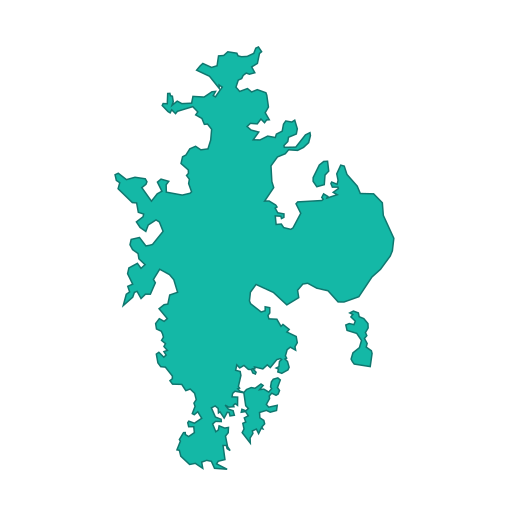 Geoje-si, South Gyeongsang, South Korea, rotated 171°
{"feature_id": "91817680B58127051569150", "entity_name": "Geoje-si", "entity_type": "district", "adm_level": 2, "iso_a3": "KOR", "parent_name": "South Korea", "parent_adm1": "South Gyeongsang", "projection": "albers", "projection_center": [128.639, 34.872], "detail": "fine", "context": "isolated", "style": "filled", "palette": "teal", "viewbox_px": 512, "rotation_deg": 171, "n_neighbors": 0, "source": "geoboundaries", "source_scale": "gbopen_adm2", "svg_char_len": 6115}
<svg xmlns="http://www.w3.org/2000/svg" viewBox="0 0 512 512"><g transform="rotate(171 256 256)"><path d="M330.2,52.8L317.9,49.9L327.5,56.9L325.4,59.2L318.5,59.8L318.2,74.0L314.9,73.5L314.7,70.3L312.0,67.9L313.9,72.1L314.3,82.9L311.1,85.8L310.0,91.0L313.8,90.9L319.0,94.0L320.4,90.1L323.2,88.7L325.1,96.9L321.8,99.0L316.2,97.9L316.0,100.2L321.3,103.3L323.8,113.0L319.8,114.3L317.2,111.4L317.6,106.9L315.9,107.7L312.8,100.9L308.8,106.2L307.0,105.5L306.7,102.1L302.3,102.1L302.8,106.8L307.3,109.1L309.8,113.6L306.6,111.0L301.4,110.6L301.8,112.1L299.6,113.4L297.6,111.4L296.2,119.5L301.7,120.6L300.6,123.9L298.0,125.7L289.4,122.8L289.6,109.7L287.4,106.6L290.2,104.7L293.9,106.8L295.0,104.0L290.7,104.0L288.6,99.4L292.9,97.9L292.1,93.6L295.2,92.8L294.9,87.0L297.3,83.7L290.9,72.1L290.3,77.2L286.8,81.2L287.0,83.8L282.7,85.0L281.2,80.2L277.9,85.0L276.3,84.2L277.0,86.2L273.7,88.9L274.0,92.4L277.5,95.6L277.0,100.9L269.9,101.9L266.4,99.5L259.9,100.2L258.4,105.2L267.1,104.7L269.0,107.8L264.9,113.1L264.8,115.7L261.9,118.0L258.0,115.3L255.7,116.2L253.8,119.5L255.4,122.7L251.4,129.8L253.5,132.2L258.2,131.6L260.5,129.3L262.1,124.4L261.3,122.5L264.7,119.6L269.1,123.3L273.4,123.4L269.2,127.0L271.1,128.8L277.6,125.5L281.3,126.8L286.3,125.6L289.2,123.2L293.0,125.0L294.8,127.8L292.9,128.1L293.8,129.9L289.6,140.4L289.7,144.4L294.0,146.3L292.0,151.5L289.6,148.0L285.0,149.8L281.3,145.2L278.3,144.5L277.5,141.0L275.1,139.5L274.1,141.2L276.8,145.1L274.7,144.9L274.9,146.7L266.9,143.4L261.9,146.7L259.3,143.6L251.7,150.4L248.0,150.9L246.9,149.7L249.3,148.2L250.7,143.1L253.6,142.2L251.5,140.8L252.6,138.1L248.9,136.1L242.3,138.5L240.7,140.9L241.4,146.9L243.5,149.7L241.7,150.3L242.6,152.7L239.9,158.6L236.4,160.6L231.6,156.8L231.7,160.3L228.8,163.9L228.9,170.2L237.4,176.1L234.7,178.3L240.1,184.2L242.3,182.6L245.3,190.3L253.1,191.9L253.5,195.4L251.3,197.6L250.5,202.8L254.9,204.4L255.5,200.5L259.7,199.9L268.8,209.7L269.5,212.7L267.2,221.1L260.4,227.9L244.5,217.3L233.2,202.9L220.3,208.2L220.3,215.7L214.1,221.0L209.2,221.0L201.0,214.7L190.3,210.4L182.1,197.8L176.3,196.8L160.8,199.7L144.8,217.1L135.1,223.4L123.4,235.0L120.5,239.8L117.1,251.9L123.9,276.2L122.9,288.8L130.1,299.0L143.2,301.4L145.1,309.2L153.4,322.3L154.8,331.0L158.1,332.5L163.4,324.5L163.1,317.9L164.7,314.2L169.7,317.2L170.7,315.8L169.8,312.1L164.3,311.2L164.1,309.7L169.8,306.8L166.2,303.8L176.9,302.1L175.7,303.6L179.5,306.8L181.9,303.5L180.7,301.5L182.3,300.5L206.3,302.9L208.3,301.3L205.1,291.2L215.1,277.9L217.5,276.9L224.2,279.7L226.0,283.6L231.2,284.0L230.7,292.6L225.2,291.4L225.0,289.0L222.4,289.8L221.8,293.2L227.8,295.3L229.6,300.3L227.6,301.1L228.6,303.3L234.5,308.3L238.9,308.9L227.8,320.8L228.7,327.1L227.1,342.7L219.3,350.5L211.1,352.4L207.2,355.8L198.4,353.8L192.1,355.8L186.3,359.7L183.4,366.4L183.4,369.4L188.2,367.9L199.7,357.3L211.0,358.9L211.2,360.7L206.7,364.1L205.3,368.2L197.1,370.2L195.3,375.2L196.5,384.1L199.7,382.7L205.5,384.7L208.2,381.9L210.6,375.2L216.8,373.2L218.4,370.0L225.7,372.6L233.9,370.0L240.6,371.2L233.9,378.0L241.2,381.2L244.6,385.3L240.8,387.9L234.1,386.3L229.7,390.5L226.7,386.3L224.3,388.7L221.6,388.5L224.5,396.1L220.4,401.2L220.2,413.0L220.7,415.7L228.7,420.1L234.7,418.7L238.2,422.7L246.4,421.1L249.4,425.9L246.0,432.5L242.4,433.5L240.4,436.4L237.0,438.2L234.1,436.6L228.5,437.2L230.7,443.4L224.5,446.0L220.9,455.5L218.5,456.9L220.9,462.1L223.7,461.3L226.5,456.5L233.5,454.5L239.2,455.1L242.4,456.5L243.2,459.3L251.9,462.1L256.5,459.1L261.7,459.5L264.7,450.0L270.4,449.2L278.4,454.5L281.4,452.5L285.6,448.8L273.8,440.8L266.1,427.3L265.7,430.7L262.9,428.1L271.2,419.5L273.2,421.1L270.2,424.9L273.8,425.1L282.4,421.1L293.3,423.5L295.7,417.0L305.4,418.1L309.6,421.3L315.4,417.9L313.6,421.3L313.6,426.9L315.4,427.7L315.6,430.1L317.8,430.3L319.8,420.3L323.9,421.1L325.1,419.3L320.3,412.4L318.4,410.8L316.4,413.6L313.2,409.2L311.0,411.2L295.1,413.4L290.9,407.4L293.5,404.8L287.9,400.3L286.4,394.1L283.2,393.9L280.0,388.1L282.6,377.6L286.7,369.3L293.9,369.5L298.5,373.8L304.6,372.2L309.4,366.7L313.0,365.5L315.6,359.1L309.4,351.6L309.8,348.2L312.0,346.4L309.8,342.2L311.2,338.1L309.6,329.5L311.2,328.3L319.3,327.7L334.6,333.1L333.6,340.4L330.5,343.4L337.8,346.8L341.8,344.4L338.8,334.7L343.8,332.9L350.7,326.5L358.1,341.4L353.5,344.0L352.1,346.4L353.3,349.6L363.2,352.7L372.0,351.7L379.1,359.3L382.5,358.3L382.1,352.5L379.1,349.7L381.7,344.0L369.8,328.1L365.6,327.1L365.4,317.6L360.4,315.0L361.4,312.4L368.8,308.4L366.0,302.3L361.0,297.5L357.6,303.5L349.1,307.3L346.1,304.7L343.9,294.9L356.4,283.6L359.6,283.2L363.2,283.2L368.2,292.5L376.7,291.9L378.7,286.8L376.9,281.6L372.1,276.9L372.1,271.5L366.9,264.8L371.5,261.8L374.3,267.3L383.4,264.1L385.6,258.6L382.2,247.5L387.4,246.1L386.4,240.3L390.1,238.5L394.9,227.8L384.2,234.6L381.8,239.1L379.0,239.7L376.2,232.0L371.1,235.6L366.3,234.8L359.6,245.3L361.0,248.9L353.2,258.0L344.3,251.1L340.9,245.5L339.1,232.4L347.3,231.0L350.6,222.3L354.4,222.3L360.0,219.1L353.4,208.0L357.0,205.8L361.3,209.2L365.7,205.0L365.7,199.5L361.3,196.5L360.5,193.7L360.1,190.3L362.5,187.4L359.1,183.6L361.1,181.0L358.3,176.6L361.9,176.0L360.3,172.2L362.9,170.5L367.0,176.1L369.8,174.7L369.6,165.8L367.4,161.6L362.9,160.4L357.4,150.6L357.8,147.9L360.5,146.3L358.5,142.5L349.4,140.8L346.4,134.0L341.8,134.9L338.1,130.0L337.5,123.5L340.3,120.4L339.7,117.0L343.6,110.3L341.8,108.9L337.9,111.3L335.0,104.2L343.0,100.5L348.2,103.4L349.5,102.0L349.2,97.9L344.2,97.1L344.5,91.2L350.8,88.2L353.7,90.7L353.5,92.7L355.2,92.9L360.4,86.7L359.6,85.0L364.4,76.9L362.1,76.1L361.6,70.0L354.2,60.5L348.4,60.7L341.8,54.6L341.9,60.9L336.7,61.9L332.2,60.2L330.2,52.8ZM177.7,168.3L168.6,163.8L165.0,156.1L168.2,149.3L175.4,145.2L178.2,139.3L177.3,136.6L175.9,133.9L160.5,128.9L156.6,141.6L156.9,144.4L161.4,148.8L159.9,152.2L161.8,157.6L159.0,160.0L159.9,163.3L156.5,167.4L156.0,171.7L159.3,177.3L163.6,179.9L163.8,183.8L168.4,186.4L172.3,185.1L169.5,183.1L171.8,181.0L168.1,176.1L170.0,172.9L174.5,174.7L178.1,173.8L177.7,168.3ZM179.2,336.0L187.3,324.5L187.9,320.8L185.1,314.9L177.4,315.8L175.2,325.1L170.9,328.5L170.5,338.4L174.3,338.8L179.2,336.0Z" fill="#14b8a6" stroke="#0f766e" stroke-width="1.5"/></g></svg>